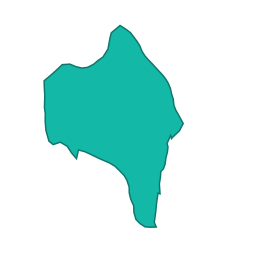 Ogbia, Bayelsa, Nigeria (orthographic projection), rotated 137°
{"feature_id": "59680162B61116944198945", "entity_name": "Ogbia", "entity_type": "district", "adm_level": 2, "iso_a3": "NGA", "parent_name": "Nigeria", "parent_adm1": "Bayelsa", "projection": "orthographic", "projection_center": [6.331, 4.801], "detail": "fine", "context": "isolated", "style": "filled", "palette": "teal", "viewbox_px": 256, "rotation_deg": 137, "n_neighbors": 0, "source": "geoboundaries", "source_scale": "gbopen_adm2", "svg_char_len": 1410}
<svg xmlns="http://www.w3.org/2000/svg" viewBox="0 0 256 256"><g transform="rotate(137 128 128)"><path d="M63.9,208.4L75.2,209.0L76.9,208.0L80.2,205.8L88.8,199.4L97.7,197.0L99.7,197.2L103.5,197.8L109.9,198.1L110.3,198.2L116.1,199.9L117.5,200.9L117.8,201.0L117.7,201.0L120.9,203.3L124.1,208.2L124.3,208.5L127.0,214.4L132.9,219.2L138.9,219.1L146.1,219.2L155.2,219.6L157.2,219.7L160.7,215.7L167.1,208.1L175.1,200.0L178.9,194.6L179.8,193.8L183.9,189.5L189.6,182.3L194.8,172.3L194.2,168.0L194.0,166.9L187.2,163.8L184.9,156.1L186.3,148.1L186.6,140.7L181.4,144.2L179.2,145.7L175.6,139.9L173.9,135.7L170.8,127.8L170.5,126.9L168.5,122.2L165.4,115.2L165.2,114.6L163.6,108.9L163.5,106.6L163.3,102.3L163.2,95.7L164.5,90.3L166.2,86.7L167.3,84.2L171.4,79.6L174.5,74.2L176.9,67.2L181.2,62.3L184.5,55.8L184.5,54.0L184.4,49.9L182.9,44.0L179.5,40.4L174.9,36.3L173.2,41.0L165.0,47.7L158.4,53.5L156.6,55.0L150.5,59.9L149.5,58.0L143.2,65.7L141.7,66.9L138.2,69.6L133.6,73.8L129.9,74.0L125.4,76.4L120.9,80.1L116.0,83.3L114.9,84.1L111.5,87.1L110.1,90.0L102.0,93.5L102.8,91.5L103.4,90.6L101.1,90.8L92.3,90.9L84.6,93.6L82.4,102.0L80.8,108.8L79.4,112.1L78.7,113.7L75.3,118.1L73.2,122.6L70.1,127.9L68.1,133.1L67.1,137.8L66.6,142.5L66.6,144.0L66.6,151.7L66.6,152.8L66.5,156.4L66.6,163.9L66.5,168.9L65.5,174.3L65.5,174.5L63.3,180.1L62.3,185.3L61.2,195.8L62.0,200.8L63.9,208.4Z" fill="#14b8a6" stroke="#0f766e" stroke-width="1.5"/></g></svg>